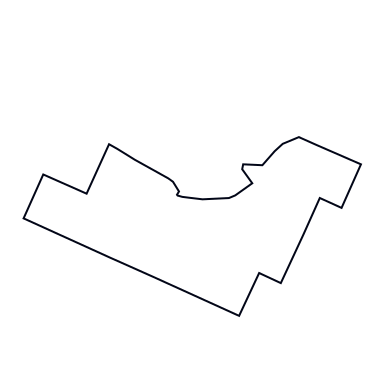 outline of Bay, Michigan, United States of America, rotated 294°
{"feature_id": "52423323B76929039895694", "entity_name": "Bay", "entity_type": "district", "adm_level": 2, "iso_a3": "USA", "parent_name": "United States of America", "parent_adm1": "Michigan", "projection": "albers", "projection_center": [-83.928, 43.738], "detail": "fine", "context": "isolated", "style": "outline", "palette": "ink", "viewbox_px": 384, "rotation_deg": 294, "n_neighbors": 0, "source": "geoboundaries", "source_scale": "gbopen_adm2", "svg_char_len": 564}
<svg xmlns="http://www.w3.org/2000/svg" viewBox="0 0 384 384"><g transform="rotate(294 192 192)"><path d="M99.4,48.9L98.7,143.4L98.7,190.6L98.0,285.4L145.3,286.3L144.9,310.2L198.9,311.1L238.5,311.2L238.3,335.1L286.0,335.1L285.6,287.1L285.6,267.3L272.9,255.3L262.8,250.9L245.1,245.4L238.1,227.5L233.2,228.6L224.5,243.5L206.5,232.9L201.5,228.2L189.6,204.6L185.6,191.7L183.6,185.1L182.9,180.3L183.4,179.4L187.2,179.9L193.6,170.5L194.8,164.8L198.2,126.6L201.0,106.3L201.9,96.8L147.6,96.4L147.5,49.0L99.4,48.9Z" fill="none" stroke="#020617" stroke-width="2"/></g></svg>